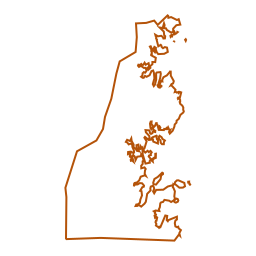 Kota Bontang, Kalimantan Timur, Indonesia
{"feature_id": "22746128B2679722836886", "entity_name": "Kota Bontang", "entity_type": "district", "adm_level": 2, "iso_a3": "IDN", "parent_name": "Indonesia", "parent_adm1": "Kalimantan Timur", "projection": "equal_earth", "projection_center": [117.495, 0.112], "detail": "fine", "context": "isolated", "style": "outline", "palette": "amber", "viewbox_px": 256, "rotation_deg": 0, "n_neighbors": 0, "source": "geoboundaries", "source_scale": "gbopen_adm2", "svg_char_len": 5925}
<svg xmlns="http://www.w3.org/2000/svg" viewBox="0 0 256 256"><path d="M174.4,240.6L178.9,234.6L179.9,235.6L179.3,233.2L180.9,230.1L178.7,228.4L178.2,226.7L177.0,227.2L175.4,226.4L174.8,223.1L175.4,220.5L176.9,219.5L176.9,216.7L168.4,220.1L167.8,221.2L166.7,220.0L167.2,215.9L165.3,215.5L160.5,226.9L160.1,226.5L159.4,227.1L159.4,226.0L159.0,227.6L155.9,225.5L156.4,224.0L155.5,222.2L155.9,220.7L156.5,220.7L157.2,217.5L156.7,217.1L155.1,217.9L154.6,215.7L155.7,215.4L156.0,214.5L154.9,213.6L155.1,212.5L154.3,211.7L154.8,211.4L154.2,211.1L155.6,210.5L159.4,211.0L158.9,209.2L159.8,207.4L160.3,203.3L161.1,202.4L163.1,201.9L164.4,199.9L169.2,200.7L171.1,202.0L173.9,200.3L174.9,198.4L174.3,196.4L174.9,191.3L172.3,185.3L167.8,186.5L163.3,189.7L156.2,189.9L154.2,193.3L153.1,191.4L154.2,188.8L153.8,187.1L152.8,185.8L150.8,186.6L150.3,188.4L150.6,190.4L147.2,193.8L145.8,201.8L144.5,203.7L141.2,206.6L138.8,204.9L137.4,205.9L135.6,206.0L136.3,204.5L137.7,204.4L139.9,202.8L140.3,199.7L142.0,195.4L141.5,191.2L140.2,190.8L142.3,187.2L143.8,186.7L144.0,185.6L142.1,183.3L139.7,183.1L137.7,184.4L134.6,184.7L133.9,186.3L134.1,183.8L134.6,183.0L137.1,182.4L139.2,180.4L140.7,176.7L144.9,175.3L145.8,175.9L144.7,173.7L145.0,170.4L145.7,169.0L144.5,167.4L141.3,168.3L141.2,165.8L142.7,163.9L142.6,161.3L143.5,160.5L144.2,162.0L142.0,155.0L141.2,154.2L141.0,156.2L137.2,156.7L135.6,160.0L134.8,156.6L133.2,155.0L132.3,157.2L133.5,161.7L132.2,160.5L130.9,160.8L130.7,159.8L132.0,158.5L131.1,157.7L131.2,156.3L129.9,156.6L129.7,156.0L130.5,153.8L130.0,153.2L128.0,154.1L128.1,152.0L130.9,151.6L133.5,153.1L134.1,152.2L133.9,150.5L132.4,146.9L132.3,145.1L131.1,143.5L128.7,144.4L127.3,142.5L125.9,141.9L127.1,139.8L130.0,141.0L131.3,138.4L131.7,141.1L133.6,144.5L133.6,147.4L135.7,148.8L136.9,150.8L139.1,151.3L136.6,147.5L136.5,145.2L138.4,144.6L139.1,148.1L140.1,149.1L141.0,148.7L141.0,146.8L141.9,148.1L142.4,147.6L142.7,154.4L145.5,163.6L149.8,162.7L149.6,161.2L150.5,159.7L152.7,161.5L152.5,160.5L153.9,158.6L155.8,157.9L155.9,153.7L155.3,153.8L155.3,156.9L151.4,159.6L148.7,156.5L149.0,155.6L150.9,155.0L150.6,154.0L151.7,152.3L150.5,150.9L148.8,152.1L147.6,150.8L145.3,152.6L143.1,150.0L144.5,148.2L146.6,141.3L144.4,137.7L145.0,136.9L148.8,140.0L152.8,139.4L153.3,141.6L157.9,143.5L158.0,139.4L159.0,139.0L160.5,140.4L160.7,142.8L162.0,144.2L163.8,144.2L163.9,142.0L164.9,140.5L162.5,139.0L161.6,137.2L159.6,135.8L158.8,136.9L159.0,138.6L157.0,139.2L156.3,136.5L157.3,135.4L152.5,137.3L151.9,137.9L152.6,138.9L149.0,139.7L148.5,139.0L149.5,138.2L149.3,136.0L145.9,132.3L145.5,130.1L149.5,130.4L150.0,133.0L151.0,133.9L152.4,133.2L152.7,131.5L155.2,132.0L155.3,130.8L154.0,130.2L152.2,127.7L151.4,129.1L150.5,128.0L150.0,123.6L150.7,121.6L151.6,121.5L151.4,124.0L153.9,127.0L154.9,126.0L156.1,123.1L156.7,123.1L156.9,125.5L157.2,124.1L158.5,128.9L159.2,128.2L158.4,126.6L159.4,126.1L160.4,127.6L159.5,129.9L163.9,130.1L164.2,128.9L165.4,129.1L166.4,128.2L166.6,129.1L167.2,129.1L168.1,127.3L169.4,130.2L170.2,129.9L169.0,132.0L169.8,133.6L172.7,130.7L174.4,126.6L174.7,124.5L176.5,122.6L176.6,120.7L178.8,118.8L180.4,114.9L183.3,112.5L183.8,111.3L183.2,109.8L183.3,107.5L182.3,105.6L180.2,103.8L179.7,102.0L180.2,101.7L180.1,99.8L177.9,98.0L178.6,97.0L178.4,98.1L179.1,97.5L179.8,98.0L181.2,92.4L179.8,91.9L178.7,93.0L178.3,92.0L176.8,92.6L175.7,91.7L174.8,92.0L175.5,89.7L171.2,85.1L170.8,85.3L171.5,84.1L173.1,83.4L173.8,81.1L170.8,75.7L170.7,71.6L170.1,71.6L170.2,72.8L169.4,72.4L166.9,75.4L163.5,77.2L162.2,79.8L162.4,81.4L161.2,81.1L159.4,84.8L161.4,85.8L161.4,86.5L159.3,87.6L158.2,86.9L157.5,85.2L158.1,84.9L159.1,85.9L158.5,83.5L160.1,78.4L160.8,73.8L160.4,72.1L156.8,72.5L156.1,73.3L156.2,79.6L154.9,84.7L153.8,86.1L152.8,84.1L154.4,78.4L153.9,72.7L153.1,70.5L151.5,71.1L149.6,75.2L146.6,76.8L145.0,75.9L143.7,77.8L142.7,77.8L141.1,76.7L142.4,75.6L142.6,73.3L143.9,72.1L145.1,72.7L146.3,71.2L146.7,69.1L146.0,69.1L145.5,67.8L143.8,67.9L141.0,65.9L139.0,66.9L138.0,65.7L138.4,64.7L140.1,64.9L141.2,64.0L141.7,64.7L143.3,64.8L144.6,62.7L145.7,64.7L148.6,63.2L149.2,66.3L147.4,68.0L148.3,69.7L150.4,67.8L149.8,66.5L152.4,64.2L152.4,62.0L155.2,62.1L155.8,57.8L151.2,55.3L151.2,54.6L151.8,54.6L151.8,51.2L151.3,51.2L151.3,49.4L149.9,46.6L150.7,46.3L152.0,49.1L155.0,52.3L155.4,51.4L155.0,49.1L153.8,48.2L154.4,46.9L155.9,47.8L155.8,49.3L156.7,52.1L158.2,54.1L164.2,53.8L167.8,51.9L167.0,47.6L164.8,47.1L163.0,48.2L161.7,47.0L161.1,44.8L161.4,44.4L158.3,46.3L156.7,40.0L156.9,39.5L156.1,38.6L156.3,36.2L155.7,36.2L155.3,34.7L158.0,36.3L161.2,35.8L162.9,37.1L163.4,38.5L164.9,38.4L165.2,36.2L164.2,35.2L163.8,31.6L159.6,27.5L162.7,28.0L164.0,23.3L164.6,25.1L164.0,28.2L166.0,28.3L166.8,29.9L171.0,32.5L173.3,31.8L173.7,30.6L173.1,30.1L173.2,28.6L176.4,25.2L180.3,24.6L178.7,19.2L177.0,20.0L171.1,17.1L168.4,17.8L168.2,15.9L167.6,15.4L157.7,24.9L154.2,20.6L146.2,22.9L136.0,23.4L136.8,37.2L135.6,52.0L119.7,61.4L116.4,73.5L111.3,98.8L105.0,116.9L103.0,129.0L96.4,140.5L77.0,151.3L65.4,187.8L66.4,197.1L66.0,238.4L66.5,239.1L100.6,237.9L174.4,240.6ZM184.3,182.9L178.4,180.3L176.9,180.4L175.1,182.1L174.6,183.7L179.4,187.7L182.9,187.6L185.0,186.3L184.3,182.9ZM156.0,184.6L160.5,179.2L161.2,175.4L163.0,174.1L163.0,173.2L162.2,172.7L157.7,177.0L154.4,179.0L153.2,182.8L153.5,184.2L156.0,184.6ZM178.3,200.4L177.7,199.0L176.5,198.6L174.0,200.6L174.5,202.1L175.9,202.6L177.8,201.7L178.3,200.4ZM175.2,33.4L174.7,32.4L173.5,34.3L174.1,34.5L175.2,33.4ZM172.5,34.9L171.7,34.7L171.3,36.1L172.1,36.4L172.5,34.9ZM189.0,182.7L189.1,181.6L188.2,181.7L188.2,182.6L189.0,182.7ZM185.7,40.9L186.1,39.9L185.7,39.2L185.1,39.8L185.7,40.9ZM190.6,185.3L189.6,183.6L189.2,182.6L189.5,184.3L190.6,185.3ZM170.7,36.9L171.0,36.6L170.9,35.4L170.4,35.8L170.7,36.9ZM177.1,32.6L177.7,32.1L177.3,31.9L177.1,32.6ZM173.2,185.2L173.6,184.7L173.3,184.4L173.2,185.2ZM174.3,41.3L174.4,40.8L174.1,41.2L174.3,41.3Z" fill="none" stroke="#b45309" stroke-width="2"/></svg>